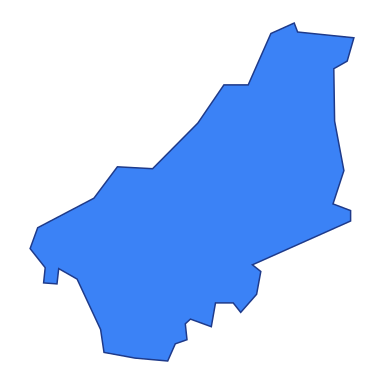 Rumbek East, Lakes, South Sudan
{"feature_id": "79223893B32400871313636", "entity_name": "Rumbek East", "entity_type": "district", "adm_level": 2, "iso_a3": "SSD", "parent_name": "South Sudan", "parent_adm1": "Lakes", "projection": "robinson", "projection_center": [30.005, 6.745], "detail": "fine", "context": "isolated", "style": "filled", "palette": "blue", "viewbox_px": 384, "rotation_deg": 0, "n_neighbors": 0, "source": "geoboundaries", "source_scale": "gbopen_adm2", "svg_char_len": 596}
<svg xmlns="http://www.w3.org/2000/svg" viewBox="0 0 384 384"><path d="M350.6,221.0L350.6,210.6L333.0,203.9L343.9,170.6L334.6,121.1L333.8,68.7L347.2,61.1L353.9,37.8L297.6,32.0L294.2,23.0L270.9,33.5L248.2,84.9L223.9,84.9L197.9,123.0L152.6,168.7L117.4,166.8L93.9,198.2L37.7,227.7L30.1,248.6L45.2,267.7L43.6,282.9L57.0,283.9L58.7,268.6L77.1,279.1L100.6,329.5L104.0,352.4L135.0,358.1L167.7,361.0L175.3,343.8L187.0,339.7L185.3,323.8L190.4,319.1L211.3,326.7L215.5,302.9L233.2,302.9L240.7,312.4L256.6,294.3L260.8,271.5L252.4,264.8L350.6,221.0Z" fill="#3b82f6" stroke="#1e3a8a" stroke-width="1.5"/></svg>